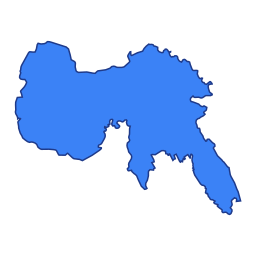 outline of Nghi Loc, Nghệ An, Vietnam
{"feature_id": "81297802B50427055609681", "entity_name": "Nghi Loc", "entity_type": "district", "adm_level": 2, "iso_a3": "VNM", "parent_name": "Vietnam", "parent_adm1": "Nghệ An", "projection": "mercator", "projection_center": [105.64, 18.794], "detail": "fine", "context": "isolated", "style": "filled", "palette": "blue", "viewbox_px": 256, "rotation_deg": 0, "n_neighbors": 0, "source": "geoboundaries", "source_scale": "gbopen_adm2", "svg_char_len": 5835}
<svg xmlns="http://www.w3.org/2000/svg" viewBox="0 0 256 256"><path d="M210.6,95.6L210.8,95.1L211.4,95.2L212.1,94.9L212.2,94.3L212.0,93.9L209.8,92.3L209.5,91.8L208.5,88.7L208.2,86.9L208.2,85.9L208.4,85.4L208.9,84.6L211.2,84.0L212.0,84.1L212.0,83.4L211.6,83.2L210.9,82.1L210.5,81.7L209.8,81.7L206.5,84.3L205.0,83.9L204.4,83.4L204.1,82.6L202.7,82.3L201.7,81.1L201.7,80.5L202.0,79.0L202.4,78.6L202.4,78.2L201.4,78.1L200.5,78.6L200.1,78.6L199.5,78.3L198.3,76.6L197.3,74.0L197.7,71.2L197.6,70.6L196.5,70.4L193.8,70.5L193.0,70.3L192.6,70.0L192.0,69.1L190.3,64.7L189.6,62.1L188.6,61.6L187.2,61.5L185.4,59.9L184.8,59.5L184.1,59.4L182.9,59.9L181.7,61.9L181.4,62.1L180.9,61.8L179.7,61.3L178.8,60.4L177.7,58.4L177.7,57.2L177.2,56.4L176.5,55.9L175.2,55.8L174.6,55.9L174.0,56.6L173.7,56.7L172.5,56.6L171.9,57.0L171.1,56.8L170.0,55.4L169.3,53.5L169.5,52.6L170.6,52.0L170.6,51.6L169.4,52.0L168.7,51.9L167.8,50.4L166.7,49.3L166.1,49.1L165.2,49.2L164.8,50.0L163.7,50.6L163.1,52.4L162.8,52.6L161.4,52.6L159.1,51.7L157.7,50.1L157.7,47.3L155.5,46.3L154.1,46.1L153.0,44.7L151.6,44.4L149.7,44.5L148.8,44.1L146.2,46.2L144.1,48.5L142.6,51.2L137.4,52.8L131.8,55.5L131.4,55.4L131.0,55.0L130.8,54.1L130.7,51.7L130.1,51.8L128.3,54.7L127.9,55.5L127.8,56.5L129.7,60.9L129.7,61.6L128.9,62.6L124.3,66.7L123.4,67.1L121.7,67.4L118.2,67.4L116.8,67.3L114.9,66.4L113.5,66.2L111.7,66.6L110.0,68.2L105.7,69.8L97.9,70.9L96.9,71.6L95.2,73.3L93.2,73.2L86.8,72.0L78.4,72.4L76.6,71.5L76.0,70.6L75.2,66.9L75.4,63.1L75.0,62.1L74.4,61.5L71.2,59.7L70.2,55.0L68.5,49.0L66.2,47.0L51.5,42.3L49.7,41.8L47.7,41.6L47.2,41.8L45.8,43.1L44.2,43.7L41.0,44.0L38.1,43.3L37.2,44.7L36.4,49.0L35.1,52.0L33.1,52.1L30.0,51.8L29.4,51.9L28.5,52.9L21.7,65.2L21.0,67.0L20.6,70.2L20.2,70.9L20.2,71.5L20.7,72.6L20.6,73.4L19.7,75.9L19.6,77.5L20.1,78.4L20.9,79.1L22.9,79.5L24.9,79.5L26.5,81.9L26.6,82.4L26.1,83.8L25.3,85.4L24.1,87.2L20.8,90.8L20.6,91.5L21.5,93.8L22.3,97.1L17.3,97.5L15.7,102.2L15.6,104.9L15.8,109.8L15.4,112.0L15.8,113.8L17.0,115.9L17.7,117.9L17.7,118.8L18.7,118.1L19.6,118.7L20.2,118.5L20.5,118.8L18.2,121.3L17.9,122.2L18.6,126.1L18.7,128.2L20.2,133.0L22.0,136.1L22.7,137.9L25.1,139.9L27.5,141.6L29.4,142.3L31.4,142.0L32.9,142.2L35.0,143.0L36.7,144.3L38.0,147.2L39.6,148.5L40.8,149.1L41.6,149.3L48.9,149.2L53.5,149.6L55.7,150.0L56.5,150.7L58.7,154.9L59.3,155.1L65.3,155.2L67.4,153.3L67.8,153.4L72.6,157.9L73.9,158.7L79.6,159.4L82.4,160.6L92.1,155.3L99.6,150.2L101.3,148.6L101.3,147.8L98.4,147.2L98.3,146.9L98.4,145.7L98.8,145.1L100.7,144.3L101.6,143.5L104.3,138.7L105.1,136.8L105.2,135.2L105.0,134.0L104.0,132.2L104.0,131.5L104.5,131.0L105.0,131.2L105.6,131.0L106.3,129.9L106.1,128.8L104.7,127.9L104.6,127.3L104.8,126.7L105.9,127.3L107.1,127.2L108.7,126.4L108.8,125.9L108.0,124.9L108.5,124.4L109.1,124.7L110.0,124.1L109.6,121.5L110.1,120.1L111.1,119.4L112.4,119.4L112.6,119.6L112.8,120.3L111.8,123.5L111.9,124.9L113.0,126.1L113.6,125.7L114.2,125.6L114.6,125.8L115.5,127.9L116.8,128.3L118.1,128.1L118.8,127.6L119.6,126.6L119.5,125.7L116.9,123.2L117.0,122.3L117.8,121.3L118.9,120.9L120.6,121.1L122.2,121.9L122.9,121.8L123.6,121.4L124.8,120.1L126.4,119.9L126.9,120.6L126.5,122.0L126.5,122.6L127.1,124.8L128.1,125.8L129.5,126.2L130.2,126.2L129.6,128.7L129.5,134.2L128.8,136.9L128.8,137.6L129.7,140.2L129.2,141.4L127.4,143.0L127.0,145.2L127.1,146.1L127.3,147.3L128.3,150.0L128.7,151.9L131.3,155.2L131.7,156.6L131.4,158.7L128.9,163.0L128.6,164.4L128.9,166.7L128.6,167.4L127.3,168.9L128.0,170.5L128.6,170.8L131.5,170.3L131.9,171.5L132.6,172.2L134.2,173.7L135.3,174.4L136.7,175.8L138.3,179.8L141.4,186.3L143.6,188.3L144.5,189.3L145.9,189.1L147.0,188.4L145.7,185.9L145.7,184.1L145.8,183.2L147.4,180.1L148.4,175.8L148.4,172.1L148.6,171.1L150.0,169.7L153.5,170.1L153.8,168.6L155.0,168.0L151.8,162.6L154.2,161.8L153.7,159.7L151.2,155.0L152.1,154.5L155.2,154.7L161.6,150.7L163.5,150.6L165.5,151.2L165.8,153.7L167.2,153.9L168.2,155.3L168.7,155.2L169.0,154.1L169.3,153.9L169.7,154.0L172.9,160.4L174.0,159.2L175.3,158.8L174.1,155.3L176.2,154.2L179.7,161.5L180.4,162.2L180.9,161.9L181.2,161.0L182.5,161.7L182.7,160.6L183.4,158.4L183.8,158.4L184.3,159.4L185.2,158.8L184.3,156.9L187.8,154.6L190.0,158.0L190.3,158.0L190.3,156.4L190.7,154.8L191.0,154.3L191.4,154.3L191.9,154.6L192.6,155.9L192.0,159.5L192.0,160.4L192.5,162.6L193.1,163.8L192.9,165.4L193.4,167.5L192.8,167.9L192.7,168.1L194.0,169.2L193.8,169.9L193.0,170.2L193.6,171.5L193.9,172.8L194.8,175.2L200.5,183.9L202.1,185.2L203.7,185.4L205.3,186.7L205.3,188.3L206.2,188.6L205.5,192.7L206.4,193.6L206.7,193.3L207.5,193.5L208.4,196.6L209.3,197.4L210.4,199.3L211.2,199.7L212.7,199.7L213.3,200.3L214.9,200.9L215.0,201.3L213.9,202.4L214.1,203.1L215.1,203.8L217.9,204.6L218.0,205.0L217.4,205.5L217.4,206.2L218.6,207.3L221.9,209.7L222.1,210.2L222.0,211.5L222.2,211.9L222.8,212.5L223.3,212.6L225.3,212.2L226.0,212.3L226.6,212.5L228.0,213.8L229.4,214.4L230.1,214.2L231.0,213.5L232.0,211.1L231.9,209.7L230.3,207.8L231.9,205.4L232.1,204.7L232.0,203.7L231.4,201.3L231.8,200.2L234.5,197.8L235.0,198.2L236.0,198.2L236.7,199.3L236.4,201.4L240.6,200.9L238.1,191.7L236.8,189.0L234.5,182.8L230.9,176.3L230.2,174.5L229.0,167.6L227.6,166.9L223.9,162.1L222.8,161.3L221.8,159.9L217.5,155.8L213.4,148.2L213.6,147.4L214.9,146.3L214.8,144.8L214.3,143.9L212.4,142.6L209.1,139.2L207.8,139.2L207.1,139.5L206.8,140.7L206.6,141.0L205.8,141.2L203.6,138.3L202.9,136.0L200.2,132.0L199.9,129.5L199.5,128.4L198.3,128.3L197.5,127.9L197.3,127.5L196.9,125.2L196.1,123.3L195.9,122.2L196.3,120.1L197.9,118.7L199.3,118.3L200.6,117.2L203.2,115.9L205.0,114.3L204.6,113.5L203.9,113.1L203.7,112.4L204.0,111.9L206.1,110.3L206.4,109.7L206.8,107.4L204.0,105.9L202.9,106.6L201.8,106.5L200.4,105.8L198.7,104.1L193.1,102.0L191.0,101.5L190.3,99.8L190.6,98.2L193.0,96.0L193.8,97.0L194.8,97.4L198.6,97.2L201.1,98.0L202.5,97.7L205.7,95.6L210.6,95.6Z" fill="#3b82f6" stroke="#1e3a8a" stroke-width="1.5"/></svg>